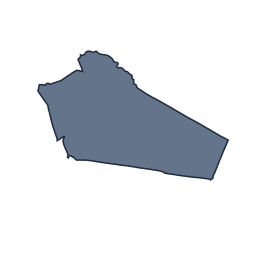 the district of Chau Thanh, An Giang, Vietnam, rotated 208°
{"feature_id": "81297802B33105171569216", "entity_name": "Chau Thanh", "entity_type": "district", "adm_level": 2, "iso_a3": "VNM", "parent_name": "Vietnam", "parent_adm1": "An Giang", "projection": "albers", "projection_center": [105.281, 10.427], "detail": "fine", "context": "isolated", "style": "filled", "palette": "slate", "viewbox_px": 256, "rotation_deg": 208, "n_neighbors": 0, "source": "geoboundaries", "source_scale": "gbopen_adm2", "svg_char_len": 5737}
<svg xmlns="http://www.w3.org/2000/svg" viewBox="0 0 256 256"><g transform="rotate(208 128 128)"><path d="M30.9,120.9L30.1,122.0L29.4,123.7L29.6,124.0L29.9,124.4L30.0,124.6L30.1,125.1L30.3,125.7L30.3,126.3L30.3,126.6L30.4,127.2L30.5,128.0L30.5,128.5L30.5,128.8L30.5,129.9L30.5,130.1L30.7,130.8L30.7,131.4L30.8,132.7L30.8,132.9L30.9,133.7L31.1,134.4L31.1,134.6L31.1,134.8L31.1,135.2L31.1,135.6L31.2,136.1L31.3,136.6L31.3,136.9L31.6,139.7L31.7,140.6L31.9,142.3L32.0,143.2L32.1,145.0L32.2,145.9L32.3,146.7L32.3,146.9L32.4,147.6L32.6,149.4L33.1,154.8L33.2,156.6L33.4,159.2L33.6,161.3L33.7,161.9L33.9,164.4L35.5,164.3L37.7,164.4L39.4,164.4L42.0,164.2L42.5,164.3L43.2,164.3L44.7,164.4L45.2,164.4L47.3,164.5L49.4,164.6L52.3,164.7L53.8,164.7L54.6,164.9L55.6,164.9L56.6,164.9L57.9,164.9L60.7,165.0L62.2,165.1L65.2,165.2L69.7,165.3L71.2,165.3L78.8,165.4L81.8,165.4L84.9,165.6L91.0,165.8L97.1,166.1L99.2,166.2L99.6,166.2L104.9,166.3L106.4,166.4L107.9,166.4L110.8,166.5L112.3,166.5L115.3,166.6L119.8,166.6L121.2,166.5L123.6,166.7L126.3,166.7L127.9,166.7L129.6,166.9L137.8,167.7L138.9,168.0L139.2,168.0L139.4,168.2L139.5,168.4L139.8,168.6L140.1,169.0L140.4,169.3L141.0,169.7L141.3,169.8L141.6,169.9L141.8,169.9L142.0,169.9L142.7,169.8L143.1,169.8L143.3,169.8L143.9,170.0L144.1,170.2L144.1,170.5L144.2,170.9L144.4,171.3L144.7,171.6L144.8,171.8L145.0,172.1L145.1,172.4L145.3,172.6L145.4,172.8L145.5,173.0L145.6,173.3L145.7,173.5L146.0,173.5L146.4,173.4L146.7,173.3L146.9,173.3L147.3,173.5L147.6,173.7L148.0,174.2L148.2,174.7L148.3,175.1L148.4,175.4L148.6,175.6L148.8,175.9L149.4,176.3L150.0,176.4L150.4,176.4L151.2,176.4L152.1,176.5L152.4,176.5L152.8,176.7L153.2,176.9L154.0,177.2L154.9,177.3L155.5,177.3L156.1,177.2L156.6,177.1L157.1,177.0L157.5,176.9L157.8,176.9L158.1,177.0L158.8,177.4L159.7,177.7L159.9,177.8L160.3,177.9L160.7,178.0L161.4,178.1L161.9,178.0L162.6,177.9L163.1,177.8L164.0,177.4L164.4,177.1L164.5,176.9L164.7,176.7L165.1,176.5L165.7,176.4L165.9,176.4L166.3,176.6L166.7,176.8L166.9,176.9L167.0,177.2L167.0,177.4L167.0,177.7L166.8,178.4L166.7,178.8L166.7,179.2L166.8,179.7L166.9,180.1L167.1,180.3L167.5,180.6L167.8,180.7L168.1,180.7L168.3,180.7L168.7,180.6L169.0,180.5L169.5,180.3L170.0,180.1L170.5,180.0L170.9,180.0L171.3,180.1L171.8,180.3L172.3,180.5L173.3,181.1L173.7,181.3L174.2,181.6L174.7,181.8L175.8,182.1L176.4,182.2L177.0,182.3L177.6,182.4L179.8,182.5L180.3,182.5L181.1,182.2L181.7,182.1L182.6,181.8L183.1,181.6L183.8,181.3L184.6,181.0L186.0,180.6L186.6,180.4L187.1,180.3L187.8,180.2L188.6,180.2L189.3,180.2L189.9,180.3L190.6,180.5L191.2,180.7L191.7,180.9L192.0,180.8L192.3,180.7L192.6,180.5L192.8,180.2L193.2,179.5L193.5,179.0L193.9,178.7L194.2,178.5L194.6,178.4L196.7,178.1L197.9,177.7L198.8,177.4L199.4,177.0L199.7,176.8L200.4,175.9L200.6,175.6L200.7,175.4L200.7,175.1L200.8,173.9L201.0,172.9L201.1,172.4L201.3,171.8L201.5,171.5L201.9,171.0L202.4,170.8L202.7,170.7L203.2,170.6L203.5,170.6L203.8,170.5L204.3,170.2L204.1,170.0L203.6,169.4L203.5,169.1L203.5,168.7L203.5,168.4L203.6,167.6L203.8,167.1L204.1,166.5L204.3,166.2L204.3,165.7L204.3,165.4L204.3,165.2L204.2,165.0L204.0,164.7L203.6,164.5L203.2,164.2L200.5,161.9L200.3,161.7L200.1,161.6L199.6,161.2L198.6,160.4L197.8,159.8L196.9,159.0L194.4,156.5L198.1,155.8L198.7,155.4L200.1,155.0L200.4,154.8L201.0,153.9L203.0,150.7L203.3,150.1L204.0,148.6L204.8,147.3L205.3,146.3L205.7,145.7L207.2,142.6L207.4,142.3L209.4,138.5L211.5,136.2L212.8,134.9L213.5,134.1L217.4,130.0L217.5,129.9L217.8,130.1L218.1,130.2L218.8,130.1L219.7,129.9L219.9,129.8L220.1,129.6L220.3,129.5L220.4,129.3L220.5,129.1L220.6,128.8L220.6,128.6L220.6,128.3L220.6,128.2L220.9,128.0L221.0,127.9L221.4,127.8L221.5,127.7L221.7,127.3L221.7,127.0L221.6,126.5L222.2,126.3L222.3,126.3L222.6,126.3L222.8,126.2L223.8,125.7L224.0,125.7L224.1,126.0L224.9,125.5L226.0,125.0L226.6,124.7L226.3,123.4L225.7,121.7L225.5,121.1L225.3,120.2L225.2,119.7L225.1,119.0L224.9,118.4L223.7,117.7L222.0,116.8L219.6,115.6L216.6,114.1L215.3,113.4L211.8,111.7L210.3,110.9L209.6,110.5L209.3,110.2L209.0,109.9L208.5,109.3L208.0,108.5L207.8,108.2L206.9,107.1L206.4,106.6L204.8,105.0L204.1,104.1L202.9,102.8L199.8,99.3L198.5,97.9L196.8,96.0L195.7,94.8L194.4,93.5L191.9,91.2L189.6,89.0L187.8,87.4L186.0,85.7L184.9,84.2L184.6,83.6L184.1,84.4L183.4,85.3L183.1,85.9L182.8,86.5L181.7,88.6L181.1,89.7L180.9,90.1L180.7,90.2L180.4,90.3L180.2,90.3L179.9,90.1L179.9,89.9L179.8,89.5L179.8,88.4L179.8,87.7L179.8,87.3L179.7,86.9L179.5,86.5L179.3,86.1L178.3,84.8L177.1,83.5L176.2,82.6L175.8,82.3L175.2,81.8L174.8,81.5L173.7,80.5L172.3,79.5L171.8,79.1L171.0,78.5L170.5,78.0L170.1,77.7L169.5,77.2L168.8,76.6L168.5,76.2L168.2,75.7L168.1,75.4L167.9,75.0L167.8,74.5L167.8,73.9L167.4,73.9L167.0,73.7L166.7,73.5L166.5,74.0L166.8,74.3L167.0,74.4L167.1,74.6L167.1,74.9L167.2,75.1L166.7,75.8L166.2,76.1L166.0,76.3L165.7,76.5L165.4,76.5L165.0,76.6L164.7,76.6L164.1,76.4L163.8,76.4L163.5,76.4L163.3,76.4L163.2,76.5L162.8,77.0L162.6,76.9L162.3,76.7L162.1,76.5L161.9,76.4L161.6,76.3L161.3,76.2L160.8,76.1L160.0,75.8L159.1,75.5L158.4,75.5L155.1,77.3L154.2,77.7L152.7,78.5L151.4,79.2L150.7,79.6L149.6,80.1L148.3,80.6L145.6,81.7L143.5,82.4L140.8,83.3L138.1,84.2L127.4,88.0L124.6,89.1L121.2,90.4L116.0,92.2L113.3,93.3L110.7,94.3L108.2,95.2L107.1,95.5L103.8,96.7L100.8,97.7L98.0,98.6L97.7,98.8L93.8,100.2L89.7,101.7L88.0,102.3L85.8,103.0L83.3,103.9L81.1,104.6L77.8,105.5L76.7,105.6L75.3,105.6L75.0,105.6L74.8,105.5L74.6,105.5L74.1,105.5L72.6,106.0L69.9,106.9L65.1,108.7L62.2,109.6L61.3,109.9L60.4,110.3L58.0,111.1L55.5,112.1L54.6,112.5L52.9,113.1L50.6,113.9L48.7,114.7L47.6,115.1L45.0,116.2L43.3,116.9L42.5,117.2L40.2,118.1L38.2,118.9L36.7,119.4L33.7,120.6L32.8,120.9L32.4,121.0L31.4,121.1L31.1,121.1L30.9,120.9Z" fill="#64748b" stroke="#1e293b" stroke-width="1.5"/></g></svg>